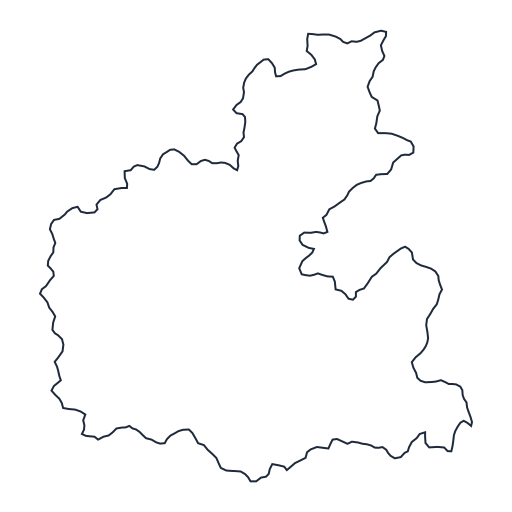 São Domingos do Prata, Minas Gerais, Brazil (Albers equal-area conic projection)
{"feature_id": "56859067B42582373576108", "entity_name": "São Domingos do Prata", "entity_type": "district", "adm_level": 2, "iso_a3": "BRA", "parent_name": "Brazil", "parent_adm1": "Minas Gerais", "projection": "albers", "projection_center": [-42.883, -19.879], "detail": "fine", "context": "isolated", "style": "outline", "palette": "slate", "viewbox_px": 512, "rotation_deg": 0, "n_neighbors": 0, "source": "geoboundaries", "source_scale": "gbopen_adm2", "svg_char_len": 4910}
<svg xmlns="http://www.w3.org/2000/svg" viewBox="0 0 512 512"><path d="M220.8,467.9L226.2,470.5L231.1,470.9L235.7,471.1L240.7,471.5L245.1,474.1L248.1,477.2L250.5,481.3L256.2,481.3L261.0,477.6L266.0,476.7L268.7,473.9L269.8,469.0L272.3,464.1L279.2,465.4L284.3,466.7L286.8,470.1L290.6,466.9L295.0,463.1L300.9,460.2L305.5,457.9L307.1,452.2L310.7,449.4L316.9,447.0L322.9,447.8L328.4,448.5L330.5,443.7L332.6,439.6L337.0,439.0L342.5,441.5L347.5,443.8L351.9,441.7L358.1,442.5L362.2,443.7L367.0,444.3L371.4,445.6L374.7,447.6L378.4,447.8L382.5,447.1L386.3,449.8L388.1,453.0L390.7,455.9L394.8,458.3L400.8,457.1L404.6,452.9L407.8,451.3L409.1,447.1L411.8,442.0L416.7,438.1L419.7,434.0L425.1,432.3L425.1,436.7L425.5,443.0L429.2,447.4L437.6,446.9L444.2,447.5L447.6,451.1L451.3,451.3L452.5,446.2L453.3,440.7L453.9,435.2L455.3,431.0L457.7,426.6L460.4,422.7L463.7,420.8L467.3,422.8L471.1,425.9L472.0,422.1L470.5,416.9L468.4,411.3L467.1,407.5L466.5,402.4L464.1,399.0L462.7,395.3L462.3,390.1L460.3,386.6L456.1,384.4L452.4,384.0L448.8,384.0L445.2,382.1L440.9,380.2L435.7,381.6L431.5,382.0L425.3,382.3L420.6,380.8L417.3,377.8L416.1,372.9L413.4,367.7L411.8,362.2L415.6,357.3L420.5,353.2L423.5,349.7L425.8,346.1L427.3,342.4L428.1,338.2L427.5,332.7L426.2,325.1L427.0,319.0L430.3,313.9L433.2,308.8L436.7,304.4L438.1,300.1L439.5,294.2L442.0,289.6L440.1,284.7L438.7,280.3L438.3,276.0L435.3,271.4L431.0,268.6L426.1,266.9L421.0,265.4L416.5,263.1L413.0,259.5L411.9,252.5L408.6,248.9L405.1,246.7L400.9,248.5L396.8,251.4L393.2,254.0L389.5,257.2L387.0,262.0L380.4,268.3L376.3,273.6L371.8,276.8L367.5,283.6L363.9,288.5L359.5,289.9L355.9,292.1L355.9,296.7L352.9,299.7L348.5,298.7L345.4,294.2L341.4,290.8L335.6,289.4L334.8,281.5L332.8,276.7L327.4,276.4L321.9,274.8L317.9,273.4L314.3,274.7L310.1,275.7L305.8,275.2L301.7,274.3L299.2,268.2L302.4,261.1L305.9,258.0L309.1,255.6L312.3,252.5L313.9,248.9L308.8,247.9L302.6,244.9L299.6,240.4L299.8,235.7L304.2,232.6L310.7,232.8L316.2,231.9L320.1,232.5L323.7,233.4L327.4,231.9L325.9,226.4L324.2,221.8L322.8,217.8L326.5,214.8L329.3,209.3L334.5,206.5L340.0,202.5L344.4,199.5L347.2,195.5L349.0,191.7L352.8,187.9L356.8,184.8L361.3,182.9L366.5,181.4L370.5,181.0L373.7,178.4L376.1,174.8L380.9,174.2L387.2,174.0L391.1,169.5L393.2,162.5L397.7,158.5L401.2,155.4L404.7,154.7L409.2,154.9L413.3,152.6L413.6,146.5L410.8,141.6L406.9,140.1L403.0,138.0L398.0,135.9L391.6,133.7L385.0,133.1L378.1,133.1L374.9,128.6L376.3,123.3L377.3,116.4L379.8,110.6L378.9,106.2L377.5,100.5L371.7,96.9L369.4,91.8L367.6,86.7L369.7,81.0L372.6,76.8L373.7,71.3L375.7,67.3L378.7,63.1L382.9,59.9L384.4,56.0L382.1,50.8L380.9,45.3L383.5,40.2L385.9,36.2L386.1,31.9L381.1,30.7L374.4,32.4L370.2,35.6L365.6,38.1L360.8,40.8L356.7,41.8L351.6,41.3L347.3,43.4L343.1,41.9L340.3,39.0L335.7,36.6L328.9,34.5L323.3,34.5L317.8,34.8L312.7,34.1L308.2,33.8L307.2,38.9L307.6,45.9L306.7,51.0L311.4,54.9L314.8,59.4L316.1,64.1L311.4,66.8L305.4,69.2L298.7,69.6L293.2,70.5L288.9,71.7L284.7,73.6L280.5,76.1L276.1,76.3L275.1,72.6L274.7,67.6L272.0,63.2L268.3,59.2L263.7,59.6L260.4,62.2L257.1,64.7L254.6,67.9L252.4,71.4L248.8,74.7L245.9,78.5L244.2,82.5L243.2,87.8L244.0,92.2L243.0,98.3L240.7,102.0L236.6,104.9L233.1,109.5L236.5,113.2L242.5,114.1L245.0,117.0L245.3,121.9L244.5,127.6L243.5,132.6L244.0,137.1L241.3,141.1L237.0,143.7L234.6,147.7L236.5,151.3L238.7,155.1L237.7,160.8L238.3,166.1L237.1,170.2L233.7,168.4L229.7,164.8L225.1,162.9L221.0,162.5L216.9,163.2L212.2,163.2L208.9,161.0L205.0,159.8L200.9,161.0L196.6,164.2L191.7,164.2L188.1,160.8L184.1,155.8L179.1,151.8L174.2,149.4L170.1,149.8L167.1,151.8L163.0,154.3L160.2,158.5L159.0,163.2L157.4,166.7L154.2,169.8L149.7,169.1L144.3,166.4L137.3,165.1L133.8,166.6L130.7,170.2L124.6,171.2L124.8,178.0L127.2,183.9L126.9,188.0L121.6,188.0L114.4,189.2L110.4,194.3L106.2,197.5L100.3,200.0L96.5,204.6L97.5,209.2L94.5,212.4L87.0,213.1L80.8,211.7L77.6,206.8L72.4,208.1L67.3,211.5L64.7,214.6L59.3,218.9L54.0,219.9L51.1,224.1L49.9,229.3L52.3,234.0L53.7,238.7L55.3,242.9L53.5,247.5L53.3,252.4L50.6,256.2L48.2,260.9L47.8,265.6L50.6,268.4L53.3,271.7L53.8,275.9L50.1,280.1L46.0,286.1L41.9,289.2L40.0,293.7L43.4,297.2L47.4,302.3L49.2,307.6L52.7,312.1L55.2,316.4L53.2,322.5L52.4,329.8L54.9,333.3L58.0,335.2L62.0,339.2L63.4,344.7L62.5,351.4L58.1,357.6L54.7,361.8L57.1,366.9L58.2,370.9L59.4,376.2L60.8,380.3L57.6,383.0L53.9,386.0L51.5,390.6L55.3,394.9L59.3,398.7L61.8,403.0L63.1,408.0L68.6,409.0L75.2,409.6L80.6,411.5L85.3,414.5L83.2,420.4L84.4,425.3L84.0,429.7L81.9,434.0L86.0,435.9L89.9,436.3L94.5,436.7L98.1,439.6L103.5,436.7L108.6,435.5L112.5,432.5L116.4,428.5L121.5,427.6L125.7,427.4L129.3,425.9L132.5,428.4L136.1,429.5L139.7,432.0L143.0,435.4L146.0,438.2L151.5,439.6L156.3,442.4L160.1,443.6L164.7,443.2L166.9,439.2L170.4,435.6L175.1,433.1L178.3,431.2L182.8,429.8L188.8,429.5L192.4,433.0L195.4,438.2L198.1,443.2L203.9,445.1L207.7,449.8L212.4,454.0L216.4,458.0L218.8,463.6L220.8,467.9Z" fill="none" stroke="#1e293b" stroke-width="2"/></svg>